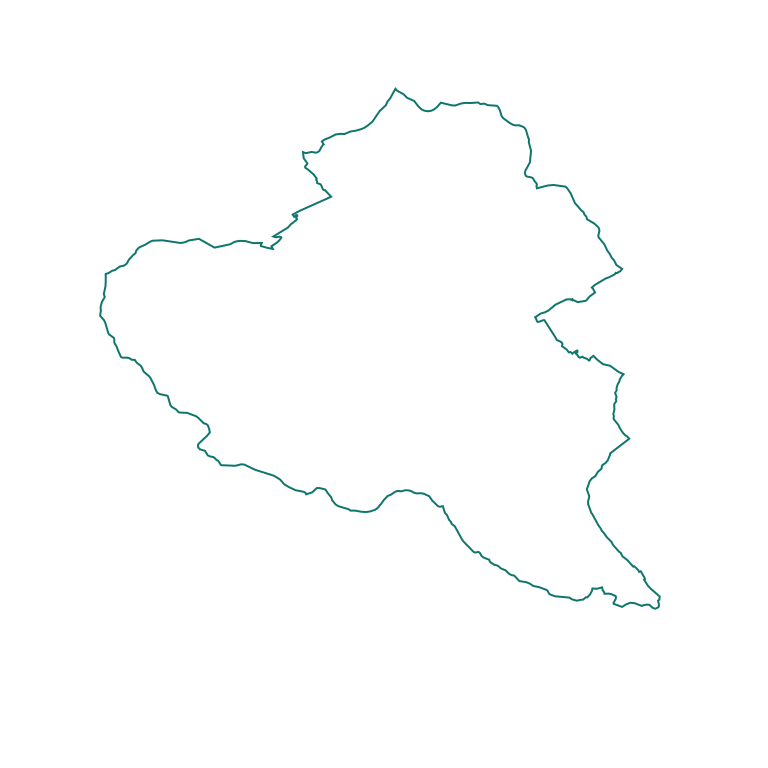 the district of Valcanesti, Prahova, Romania, rotated 346°
{"feature_id": "2599482B34913697582269", "entity_name": "Valcanesti", "entity_type": "district", "adm_level": 2, "iso_a3": "ROU", "parent_name": "Romania", "parent_adm1": "Prahova", "projection": "equal_earth", "projection_center": [25.94, 45.128], "detail": "fine", "context": "isolated", "style": "outline", "palette": "teal", "viewbox_px": 768, "rotation_deg": 346, "n_neighbors": 0, "source": "geoboundaries", "source_scale": "gbopen_adm2", "svg_char_len": 6166}
<svg xmlns="http://www.w3.org/2000/svg" viewBox="0 0 768 768"><g transform="rotate(346 384 384)"><path d="M599.0,659.9L600.1,656.9L593.2,647.0L591.3,643.6L589.0,636.8L590.1,636.3L590.0,635.2L587.8,627.8L586.2,628.1L585.7,626.2L584.4,623.9L582.6,621.3L581.6,621.5L577.6,613.9L573.7,608.9L572.8,605.1L571.4,603.4L567.7,596.4L566.9,594.2L566.7,592.5L563.1,586.5L561.1,581.3L559.9,579.3L559.1,576.1L557.9,573.1L554.5,560.2L554.0,559.5L553.0,549.8L553.7,547.1L555.6,543.6L556.0,542.3L555.3,535.4L560.0,528.1L562.8,525.9L566.8,524.6L570.2,521.0L574.6,518.8L575.4,516.7L576.1,515.6L579.7,514.3L582.7,512.1L586.1,507.5L586.6,506.1L608.7,496.4L607.1,493.4L605.4,491.7L603.9,488.9L602.2,484.1L601.4,480.1L598.4,473.7L598.5,472.5L599.3,470.8L599.2,468.7L601.4,464.5L602.3,459.8L603.2,458.5L605.2,457.0L605.3,454.9L606.5,452.7L606.1,448.5L608.1,446.6L608.7,444.1L610.9,440.5L612.9,438.7L613.6,437.1L614.6,435.9L617.0,433.6L618.8,432.5L614.5,429.0L607.8,421.0L601.2,417.7L596.5,411.6L594.1,407.4L590.6,408.8L589.5,410.4L589.0,410.9L588.6,410.8L586.9,408.5L584.1,406.7L583.1,405.5L580.5,405.9L579.4,405.0L578.7,402.8L577.5,400.8L579.5,399.7L579.7,398.8L579.5,398.2L575.6,399.3L574.0,400.2L572.8,398.1L571.0,398.0L569.5,394.6L565.9,390.5L566.8,388.1L566.5,386.8L565.2,385.3L562.2,383.1L562.0,381.4L555.1,360.9L553.9,360.6L550.2,361.1L548.1,360.9L547.6,360.2L547.4,357.3L546.8,355.8L552.8,353.6L557.2,353.4L561.1,352.6L569.5,348.5L581.6,346.1L585.1,346.8L585.9,347.5L587.3,347.2L587.2,348.5L588.3,348.6L591.7,351.4L599.6,352.1L600.8,351.7L604.5,348.9L610.9,346.3L609.9,342.2L609.0,340.7L612.5,338.9L624.7,335.2L628.1,334.9L634.2,333.5L635.8,332.2L636.7,332.8L640.7,331.6L642.9,329.9L638.3,324.8L637.1,319.6L635.5,316.6L634.5,312.4L632.8,308.1L631.6,301.7L627.7,293.6L627.9,291.7L630.0,287.6L630.2,286.5L630.0,284.0L626.7,279.0L620.9,273.3L620.8,270.5L619.5,268.1L619.2,265.6L617.4,263.2L613.0,254.5L611.2,243.9L609.1,238.4L608.0,236.5L596.7,231.9L590.7,231.0L579.7,231.1L579.8,228.9L580.5,227.8L580.6,226.6L578.8,222.6L578.5,220.9L577.9,219.9L576.8,219.1L572.9,217.3L572.0,216.3L571.6,213.8L572.0,212.6L573.1,210.9L579.1,204.4L583.1,193.4L583.0,184.6L583.9,181.5L583.5,180.0L583.2,172.0L582.4,169.5L581.4,168.3L577.8,165.7L573.9,164.8L571.9,163.7L568.8,160.8L563.8,154.7L562.8,151.7L562.7,147.0L562.3,144.6L561.5,142.2L560.7,141.3L552.3,138.6L549.1,136.2L545.2,135.7L543.6,133.7L542.9,133.5L536.3,132.4L530.4,130.8L526.3,130.5L520.4,131.0L517.4,130.1L507.2,124.8L502.5,128.1L498.9,129.7L495.9,130.3L492.2,129.9L489.2,128.5L487.0,126.8L484.4,122.8L481.8,116.7L475.7,112.0L473.1,107.6L467.8,102.7L466.5,100.3L459.0,108.4L455.8,110.7L453.2,114.0L445.7,118.2L436.2,126.7L430.9,129.2L426.9,130.7L423.4,131.2L417.9,131.4L412.6,130.9L406.1,131.9L401.8,130.6L397.2,130.2L391.5,131.6L385.3,132.5L382.4,133.6L383.4,137.0L382.6,137.2L380.4,139.2L377.6,142.3L375.7,143.0L373.9,143.1L369.8,141.3L364.5,141.1L363.3,140.7L361.5,139.4L360.7,145.6L363.0,151.3L362.5,152.1L360.1,153.8L359.9,154.2L360.0,155.2L361.7,157.0L366.4,163.6L368.4,168.5L367.6,169.4L368.0,171.3L367.7,172.8L370.7,174.9L371.2,176.2L371.8,180.3L372.6,181.4L373.7,181.7L378.0,189.5L344.5,195.5L336.4,197.5L337.3,200.1L339.9,198.9L340.6,199.3L340.5,200.1L339.5,200.4L339.1,201.1L339.0,202.0L339.5,203.0L338.1,204.0L332.2,206.5L328.5,209.0L312.3,214.1L314.5,215.5L318.4,215.8L319.7,216.7L319.8,217.2L317.5,219.1L314.1,221.0L308.1,223.1L308.8,226.0L303.6,223.6L297.9,220.3L298.1,219.3L299.5,217.6L290.9,215.6L284.1,211.8L279.0,210.3L275.6,209.9L272.7,210.1L268.6,211.2L253.1,210.7L252.5,210.6L239.6,198.4L229.4,197.5L225.9,198.2L222.4,198.2L220.3,197.8L203.9,191.0L194.3,189.0L191.6,189.3L186.2,191.0L179.4,192.3L176.2,194.3L174.4,197.0L171.6,198.3L166.6,201.6L163.5,204.9L160.6,206.2L156.1,206.1L150.6,208.3L147.5,208.4L143.4,209.8L140.6,209.8L138.7,217.6L137.3,222.0L133.9,228.9L134.1,232.1L130.1,236.2L129.4,237.4L127.5,241.1L127.0,244.5L125.5,247.8L125.1,249.2L127.8,254.4L128.4,257.6L128.8,268.0L129.2,269.3L133.0,273.9L133.2,274.8L132.4,278.3L132.5,279.4L133.6,282.9L134.0,286.9L135.3,294.1L136.5,295.2L141.2,296.3L143.2,297.4L145.2,299.5L148.0,300.3L149.2,303.5L152.3,307.3L153.2,309.9L153.6,313.0L154.2,314.5L158.0,319.7L158.8,321.6L160.6,329.2L161.2,335.2L161.9,337.6L163.9,339.5L170.6,342.8L171.3,343.5L171.6,352.8L172.5,354.8L176.1,358.4L177.7,361.4L178.7,362.2L186.0,364.4L193.7,369.7L195.2,371.3L199.6,378.5L201.7,379.7L203.1,381.5L203.5,385.6L203.3,388.9L199.9,391.4L189.7,397.1L189.0,397.8L188.4,399.4L188.4,400.6L189.7,402.9L194.1,405.5L195.8,410.7L197.7,412.2L200.9,413.7L201.7,414.7L203.2,417.4L204.2,418.0L204.8,419.0L206.1,423.0L206.4,423.4L220.0,427.4L226.2,427.4L229.1,428.5L238.4,436.2L254.9,446.3L259.3,450.7L260.2,451.8L263.0,457.2L267.0,461.2L272.4,465.6L280.2,469.3L281.7,470.8L281.8,472.2L288.1,471.8L293.6,468.7L296.3,469.4L301.2,471.9L301.8,472.6L303.4,477.1L305.3,480.9L305.6,484.4L307.9,489.1L310.0,491.4L319.6,497.1L320.8,498.7L325.4,499.9L330.7,502.3L335.5,503.9L339.6,504.3L344.8,503.9L346.7,503.3L349.3,501.8L350.0,500.9L351.7,500.0L355.8,496.5L360.3,493.6L364.1,493.0L368.6,491.3L371.2,491.0L374.7,492.3L378.8,492.2L382.1,493.2L384.3,494.4L386.9,496.8L389.1,498.0L394.1,499.1L396.3,500.3L400.7,503.8L402.6,508.8L406.9,515.7L408.5,516.6L411.6,516.8L411.7,521.0L412.1,524.2L413.3,526.1L414.3,531.6L415.7,534.3L415.7,535.9L418.2,539.0L422.2,554.1L423.1,556.2L430.3,568.6L431.6,569.6L435.1,569.8L436.2,571.2L437.0,574.4L438.8,576.6L443.6,580.0L443.7,581.7L444.4,583.3L446.7,585.2L447.2,586.1L449.7,587.3L451.0,588.5L452.8,591.2L457.1,594.4L459.5,598.5L461.7,600.4L464.0,601.4L467.7,608.0L473.9,610.6L477.0,612.8L480.0,616.1L485.1,618.5L491.6,622.9L492.6,623.9L493.5,627.6L494.5,628.6L498.5,631.3L512.2,636.1L514.4,638.5L518.7,640.9L522.8,641.0L525.0,641.4L528.3,639.8L529.6,640.2L532.9,638.1L535.6,635.2L536.8,632.8L541.0,634.2L546.4,634.1L546.3,637.1L547.1,638.5L547.2,640.9L551.2,641.7L553.8,642.9L557.4,645.7L557.5,646.9L556.9,648.5L553.8,651.9L553.7,652.9L561.1,657.9L566.0,656.3L570.4,655.9L574.3,657.4L580.6,661.8L581.7,661.4L585.3,661.6L588.0,662.4L590.5,666.1L592.8,667.7L595.5,667.2L596.7,666.6L597.4,664.8L597.5,660.5L599.0,659.9Z" fill="none" stroke="#0f766e" stroke-width="2"/></g></svg>